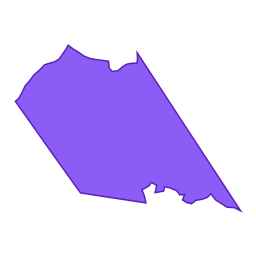 the district of Ruy Barbosa, Rio Grande do Norte, Brazil
{"feature_id": "56859067B51255119987795", "entity_name": "Ruy Barbosa", "entity_type": "district", "adm_level": 2, "iso_a3": "BRA", "parent_name": "Brazil", "parent_adm1": "Rio Grande do Norte", "projection": "albers", "projection_center": [-35.934, -5.854], "detail": "fine", "context": "isolated", "style": "filled", "palette": "violet", "viewbox_px": 256, "rotation_deg": 0, "n_neighbors": 0, "source": "geoboundaries", "source_scale": "gbopen_adm2", "svg_char_len": 757}
<svg xmlns="http://www.w3.org/2000/svg" viewBox="0 0 256 256"><path d="M240.6,210.8L137.2,52.8L137.5,58.6L137.0,63.0L130.8,63.4L126.5,64.3L122.8,66.5L117.9,70.8L112.1,71.4L109.2,68.0L108.5,61.2L95.8,59.5L90.5,58.6L84.0,56.1L79.4,52.8L73.6,49.3L68.2,45.2L65.8,49.5L59.3,58.8L54.6,61.9L49.7,63.2L44.6,64.8L39.7,69.9L33.7,75.2L29.3,81.2L25.3,85.6L22.0,92.5L18.8,98.3L15.4,101.4L57.2,160.4L80.5,192.9L111.6,197.7L145.9,202.9L144.4,196.1L142.0,189.9L149.2,185.8L151.3,182.4L156.7,185.3L155.1,192.7L163.6,191.1L164.6,186.8L169.7,187.8L176.7,190.8L179.8,194.9L184.6,194.6L182.5,199.9L186.5,202.5L191.5,203.7L196.0,200.3L202.0,199.3L207.2,197.5L210.9,193.8L215.6,199.9L227.0,207.2L234.4,207.7L240.6,210.8Z" fill="#8b5cf6" stroke="#5b21b6" stroke-width="1.5"/></svg>